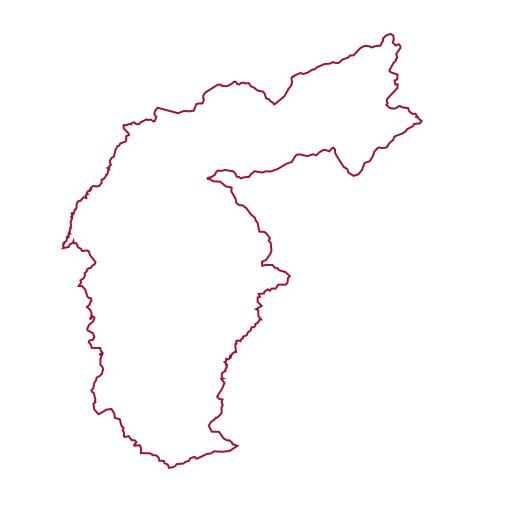 the district of Sam Ngao, Tak, Thailand, rotated 78°
{"feature_id": "78962969B22995817485860", "entity_name": "Sam Ngao", "entity_type": "district", "adm_level": 2, "iso_a3": "THA", "parent_name": "Thailand", "parent_adm1": "Tak", "projection": "mercator", "projection_center": [98.845, 17.483], "detail": "fine", "context": "isolated", "style": "outline", "palette": "rose", "viewbox_px": 512, "rotation_deg": 78, "n_neighbors": 0, "source": "geoboundaries", "source_scale": "gbopen_adm2", "svg_char_len": 6035}
<svg xmlns="http://www.w3.org/2000/svg" viewBox="0 0 512 512"><g transform="rotate(78 256 256)"><path d="M437.8,313.7L435.1,318.1L433.3,318.3L430.7,320.5L430.4,322.5L427.6,325.7L420.3,328.7L418.6,335.8L412.2,337.5L408.9,334.4L406.8,329.6L405.8,328.9L406.0,327.8L404.7,325.2L402.1,322.1L397.4,321.4L394.6,319.5L391.8,320.1L389.4,318.6L387.9,321.9L385.5,323.3L378.8,316.8L373.6,313.2L369.0,315.5L369.0,313.8L368.5,314.6L366.0,314.5L363.2,313.3L362.1,309.6L360.9,309.7L358.2,307.4L356.5,307.1L356.5,307.9L354.8,307.6L353.2,308.8L352.9,307.5L350.3,306.4L351.4,304.5L350.6,302.8L349.4,302.6L349.7,301.7L348.1,301.8L348.4,300.9L346.8,299.7L345.4,296.7L345.8,295.4L340.1,295.0L337.8,294.4L337.7,293.2L335.2,293.1L334.9,290.9L336.1,288.8L334.2,287.6L333.9,286.0L332.2,285.4L331.6,281.6L329.0,279.8L327.7,276.7L325.0,275.3L325.1,272.5L324.1,271.1L322.4,270.8L321.8,268.1L320.7,267.6L320.4,266.3L318.5,265.5L318.9,264.4L315.4,266.1L309.6,265.1L308.0,267.0L306.0,260.8L301.0,264.0L296.8,262.9L296.9,260.8L293.6,261.2L294.3,256.1L292.7,255.1L291.1,251.4L292.9,249.7L291.1,247.5L292.0,243.5L288.7,240.2L290.2,233.1L288.7,230.7L284.3,229.4L282.7,227.1L277.8,230.6L274.5,236.8L272.5,237.2L272.0,239.5L268.1,241.9L266.8,248.2L266.9,251.9L262.9,251.3L261.9,246.8L256.3,241.0L254.0,239.8L246.6,238.9L243.3,240.3L241.8,238.8L240.7,239.0L235.9,241.3L234.1,243.0L232.9,247.6L223.7,247.6L221.6,248.8L218.4,249.1L214.0,252.5L207.2,255.5L203.8,258.4L202.7,261.9L200.1,264.2L196.1,264.0L187.7,266.7L183.9,265.6L181.7,270.9L175.8,275.6L174.0,282.5L171.4,284.9L170.8,287.0L169.6,287.0L169.5,283.1L168.0,279.4L165.3,277.2L164.5,275.5L165.6,271.7L165.4,268.4L168.4,260.7L171.0,259.1L174.3,258.5L175.1,256.3L177.0,254.6L176.5,251.1L177.2,246.3L175.0,244.2L172.8,239.6L175.7,232.6L175.2,228.8L176.4,223.9L175.3,216.2L172.2,207.4L171.4,201.3L166.3,196.7L165.3,194.6L165.6,192.4L169.0,184.9L168.3,179.4L170.0,175.9L167.6,172.2L166.4,168.4L166.4,166.6L168.9,162.5L166.7,159.9L166.1,157.9L168.1,156.6L171.7,157.1L174.5,156.4L186.9,151.8L190.0,148.7L193.7,148.2L197.9,143.8L197.4,138.9L194.1,134.6L187.6,130.5L186.9,125.0L182.9,121.2L178.5,118.5L176.0,115.1L175.4,113.0L176.5,110.6L177.1,105.8L173.3,102.1L171.0,97.8L167.9,95.6L166.4,86.5L165.0,83.4L163.4,81.9L161.7,75.8L159.6,73.8L160.4,68.4L158.4,65.9L155.5,68.4L153.8,68.7L153.3,70.4L151.8,69.7L150.0,70.5L149.4,73.5L146.8,75.8L142.9,76.6L140.9,82.3L139.0,84.1L140.7,89.3L139.9,92.6L138.5,94.9L135.3,97.0L134.2,95.5L132.2,96.0L129.8,95.3L121.0,82.7L117.6,81.7L117.4,83.9L113.2,84.0L112.6,81.2L108.0,79.8L104.3,86.0L102.4,87.1L95.8,81.4L93.9,78.5L92.6,78.3L91.6,76.8L87.3,76.7L82.5,71.4L80.3,71.2L78.5,72.4L79.2,75.5L75.7,77.9L72.7,76.2L69.0,75.9L66.7,78.2L67.4,83.0L69.6,86.5L71.8,87.0L76.2,90.8L75.5,94.6L76.0,99.8L74.3,101.7L73.0,106.0L74.4,110.8L80.0,118.9L79.5,122.4L81.1,124.7L81.8,130.6L84.3,134.8L83.9,137.9L82.4,140.0L83.2,143.6L82.5,149.2L84.1,157.2L85.8,160.1L85.3,161.8L87.4,167.3L87.8,172.0L86.2,174.5L87.6,181.3L88.4,181.6L88.0,182.6L89.1,184.3L93.3,184.6L96.7,186.2L99.4,189.6L105.7,195.1L111.5,206.2L111.4,207.0L110.0,207.2L107.5,209.8L105.4,210.7L103.9,213.4L99.3,213.7L96.8,214.9L94.3,220.3L90.9,222.9L88.9,225.7L85.4,227.1L85.0,230.6L84.0,231.4L83.7,234.9L84.8,236.7L83.8,238.7L81.7,239.2L80.9,240.8L83.1,245.6L83.8,249.2L82.7,253.8L81.3,254.3L80.5,257.9L85.7,271.8L88.0,274.1L90.5,274.9L92.0,274.4L95.2,276.3L95.7,277.6L95.0,278.8L95.0,282.8L100.9,286.7L100.7,291.0L99.1,296.2L100.1,302.6L90.5,321.4L93.0,324.5L96.0,326.0L99.2,324.6L103.1,327.1L103.1,328.2L100.7,330.6L100.5,333.5L99.6,334.4L101.3,341.2L102.7,343.1L102.1,345.9L99.9,347.3L100.1,349.8L101.3,350.5L100.5,352.5L101.1,355.6L100.5,358.2L103.6,358.9L109.5,355.2L111.3,355.1L111.8,358.1L116.0,358.9L117.0,360.1L117.7,365.3L119.7,367.0L119.7,368.7L123.4,371.6L129.3,374.4L130.1,377.0L132.8,379.5L136.7,379.0L137.6,380.9L139.2,381.2L139.2,382.9L141.2,381.8L141.4,382.6L145.3,384.5L145.4,385.7L147.1,386.6L149.1,389.2L149.3,391.2L152.3,391.8L154.9,394.8L154.8,397.7L153.6,400.4L154.8,403.2L156.2,403.2L156.4,404.7L157.3,404.3L158.0,405.1L157.8,407.1L159.2,408.5L160.7,407.7L161.1,409.9L164.0,409.9L162.7,412.6L165.4,416.1L165.6,419.0L168.6,420.9L171.7,421.6L173.1,422.8L173.0,423.6L176.9,425.7L175.7,426.7L175.9,427.5L178.7,427.4L179.3,428.6L180.3,427.8L184.5,430.3L187.7,430.6L189.3,431.6L190.1,431.1L190.7,432.4L192.4,432.4L193.6,433.6L195.4,433.2L195.0,434.7L196.8,434.7L197.6,436.0L197.8,435.2L198.8,435.5L198.9,437.1L201.8,438.2L203.1,441.3L204.1,440.9L204.7,442.4L207.1,442.3L208.1,443.2L208.3,437.4L206.1,435.9L204.9,432.4L203.6,431.5L205.6,431.6L206.3,429.0L210.4,428.3L212.6,425.8L215.0,425.1L215.5,420.1L216.5,418.7L220.6,418.2L228.7,414.2L230.5,415.6L231.8,419.0L233.2,419.7L233.3,422.5L234.4,424.3L235.8,424.8L237.3,427.3L239.1,427.2L241.9,429.1L243.3,432.8L245.7,432.6L248.5,435.6L249.4,432.3L253.4,430.0L260.6,429.4L262.7,427.8L263.0,426.3L265.7,426.3L266.4,427.5L269.2,429.0L270.7,432.0L274.0,429.6L277.0,428.8L279.6,429.1L283.6,431.6L281.3,428.0L282.8,426.8L286.2,428.9L288.7,433.6L292.1,436.2L293.7,436.3L297.4,431.7L301.4,430.9L304.1,432.9L304.0,436.5L305.6,437.5L308.1,436.1L311.7,435.8L313.6,427.5L316.0,427.5L319.2,426.1L319.8,426.5L319.2,428.4L320.1,429.1L321.2,427.6L324.5,429.6L330.1,430.8L332.3,429.4L334.9,429.1L339.1,431.2L340.9,433.8L341.8,437.2L344.1,438.2L347.0,440.9L351.4,442.5L353.2,444.9L354.5,444.8L356.4,443.1L363.2,443.0L364.5,443.8L365.6,443.4L366.7,445.8L372.6,446.1L378.1,442.8L375.2,433.9L375.6,429.2L380.6,427.4L385.0,427.7L387.4,423.2L394.2,422.9L396.8,421.2L399.0,422.6L401.1,421.8L405.0,422.7L405.9,421.6L405.7,418.0L410.2,415.9L411.1,413.0L413.3,411.6L415.3,414.3L416.3,414.4L416.9,409.0L419.6,408.4L424.8,409.6L427.0,400.8L428.1,399.1L429.4,398.6L430.2,395.1L433.3,393.0L436.1,393.2L437.3,388.8L439.7,388.5L441.6,385.7L445.2,385.1L445.3,381.1L444.7,378.7L443.1,376.9L443.9,370.0L442.7,367.8L442.5,364.3L440.2,362.4L439.7,358.5L439.9,357.5L441.7,356.8L441.9,355.7L439.6,345.9L439.6,340.4L438.3,337.9L440.6,329.2L441.2,322.3L437.8,313.7Z" fill="none" stroke="#9f1239" stroke-width="2"/></g></svg>